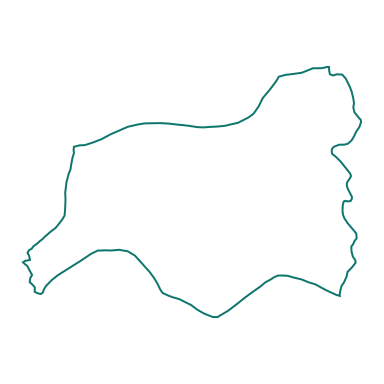 outline of Pleebo/Sodoken, Maryland, Liberia
{"feature_id": "62588387B59551016114373", "entity_name": "Pleebo/Sodoken", "entity_type": "district", "adm_level": 2, "iso_a3": "LBR", "parent_name": "Liberia", "parent_adm1": "Maryland", "projection": "albers", "projection_center": [-7.677, 4.55], "detail": "fine", "context": "isolated", "style": "outline", "palette": "teal", "viewbox_px": 384, "rotation_deg": 0, "n_neighbors": 0, "source": "geoboundaries", "source_scale": "gbopen_adm2", "svg_char_len": 2798}
<svg xmlns="http://www.w3.org/2000/svg" viewBox="0 0 384 384"><path d="M43.2,291.6L43.8,289.6L44.4,288.6L46.0,286.0L51.6,280.2L57.6,275.4L71.6,266.5L80.1,261.2L91.1,253.8L97.9,250.5L100.7,250.5L105.9,250.3L110.7,250.5L111.2,250.5L119.2,249.8L127.7,251.3L134.8,255.5L141.2,262.5L144.9,266.7L149.6,271.9L154.0,277.9L157.5,283.7L160.0,289.0L162.4,292.8L167.6,295.3L169.4,296.0L172.8,297.3L179.0,299.0L185.6,302.3L191.1,305.0L196.1,308.8L196.8,309.4L204.5,313.8L212.8,317.0L213.6,317.0L217.5,317.1L219.7,315.7L223.8,313.3L228.1,310.8L233.3,306.8L237.9,303.3L243.9,298.4L252.4,292.1L256.4,289.3L260.3,286.6L265.3,282.4L266.7,281.6L270.5,279.6L273.8,277.4L278.0,275.5L282.4,275.5L287.5,275.8L293.6,277.5L301.5,279.4L309.1,282.5L314.7,284.1L318.2,285.9L319.5,286.6L325.0,289.6L329.5,291.8L336.1,294.8L339.8,295.9L339.6,294.7L340.5,289.8L341.6,285.9L344.1,282.2L346.6,276.5L347.6,271.8L351.7,267.7L355.6,262.8L355.3,260.2L352.9,256.7L352.4,254.8L351.5,251.4L351.3,246.6L353.0,244.4L354.6,240.9L356.6,238.5L356.5,235.6L356.1,233.3L353.5,230.1L351.1,227.3L347.5,223.0L344.5,218.5L343.0,214.8L342.5,210.6L342.6,208.9L342.7,205.7L343.7,201.5L345.4,200.8L347.0,201.3L348.5,201.3L350.5,201.0L351.7,199.2L352.0,196.9L350.3,193.7L347.8,188.8L346.8,185.6L346.9,182.9L348.2,180.7L349.7,178.6L351.0,176.1L350.2,173.6L347.0,169.5L340.5,161.4L335.0,156.0L332.3,154.1L331.7,151.7L332.0,149.1L333.6,146.9L339.2,144.7L342.2,144.7L344.3,144.7L347.9,143.7L351.5,140.5L354.2,136.0L356.1,131.9L359.3,127.1L361.0,122.2L360.8,119.9L358.4,117.3L354.5,112.4L354.0,110.3L353.3,107.4L354.0,103.5L353.3,98.4L351.7,91.8L349.8,86.8L345.8,78.6L342.2,74.6L337.0,74.3L332.9,75.5L329.9,74.1L329.1,70.3L329.0,66.9L327.2,67.0L321.6,68.2L312.9,68.3L301.9,72.7L301.4,72.8L294.4,73.8L292.9,74.0L285.9,74.8L278.8,76.7L276.3,81.0L272.9,85.6L270.0,89.4L262.8,98.0L258.6,106.5L253.8,113.4L252.6,114.4L248.6,117.4L244.7,119.4L238.0,122.8L230.4,124.5L225.1,125.8L221.1,126.2L216.3,126.6L208.4,127.0L203.5,127.4L197.0,127.1L195.4,126.8L187.9,125.7L182.8,125.1L181.2,125.0L168.7,123.6L160.1,123.1L144.6,123.4L137.3,124.6L133.1,125.6L128.1,126.7L122.3,129.2L110.8,134.2L101.5,139.2L92.6,142.6L84.9,145.1L79.2,145.4L75.1,146.5L73.9,146.8L73.6,150.4L74.0,152.9L72.5,157.8L71.0,165.5L70.5,169.5L69.7,171.3L69.2,172.5L68.4,174.9L66.4,182.5L66.1,185.6L65.2,192.6L65.5,199.7L65.4,202.4L65.1,209.3L64.6,215.5L64.2,216.2L62.4,219.3L59.1,223.6L55.5,228.0L49.6,232.5L45.7,236.0L45.3,236.2L42.8,238.9L39.8,241.2L37.6,243.2L36.6,244.0L33.6,246.1L31.5,248.9L29.2,250.0L27.5,252.8L28.9,255.5L29.2,256.2L30.0,259.9L26.3,260.7L25.6,260.6L23.0,262.3L25.1,264.3L27.2,265.8L29.5,270.3L31.5,273.9L32.1,274.9L30.7,277.3L30.2,278.4L29.7,282.1L32.5,284.7L34.8,287.3L34.7,291.8L37.6,293.3L40.9,294.0L42.9,292.5L43.2,291.6Z" fill="none" stroke="#0f766e" stroke-width="2"/></svg>